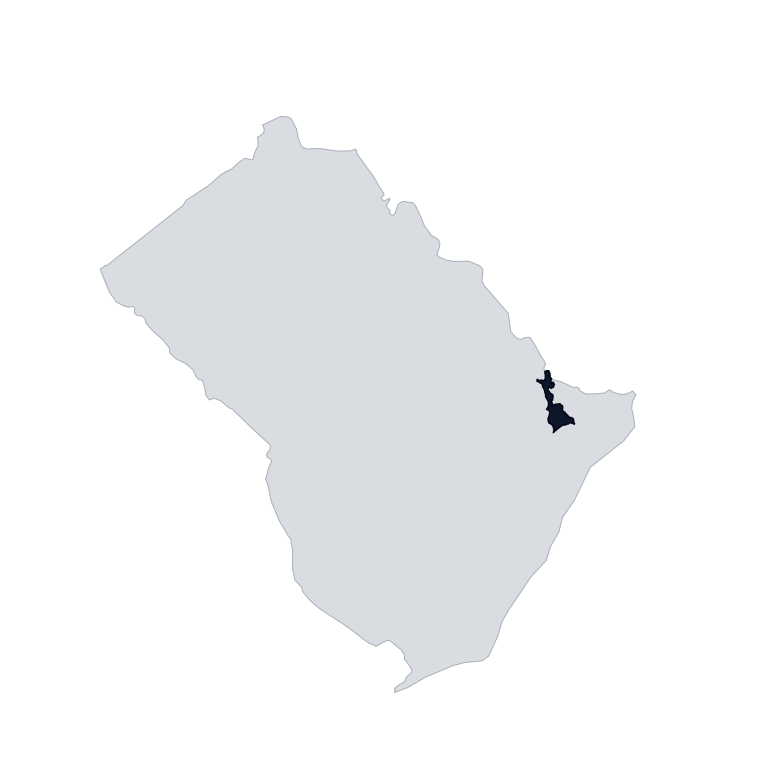 Ho West, Volta, Ghana shown in context, rotated 322°
{"feature_id": "2480657B47242267083805", "entity_name": "Ho West", "entity_type": "district", "adm_level": 2, "iso_a3": "GHA", "parent_name": "Ghana", "parent_adm1": "Volta", "projection": "orthographic", "projection_center": [0.372, 6.6], "detail": "fine", "context": "in_parent", "style": "filled", "palette": "ink", "viewbox_px": 768, "rotation_deg": 322, "n_neighbors": 0, "source": "geoboundaries", "source_scale": "gbopen_adm2", "svg_char_len": 7925}
<svg xmlns="http://www.w3.org/2000/svg" viewBox="0 0 768 768"><g transform="rotate(322 384 384)"><path d="M467.5,109.6L472.9,114.8L474.1,117.8L472.1,129.1L468.1,137.0L465.6,144.4L465.9,148.1L468.4,151.8L476.7,157.6L480.9,161.4L486.0,167.1L491.8,172.7L501.7,180.0L506.0,181.3L505.8,183.3L504.4,186.1L503.5,213.2L502.7,220.2L502.0,223.8L501.1,233.9L500.0,235.3L498.1,235.2L496.4,235.6L496.0,237.6L496.7,239.7L502.7,241.2L501.4,242.7L496.9,244.1L494.8,247.1L495.7,250.6L493.3,253.4L494.0,255.3L495.6,256.7L498.1,256.2L505.1,251.5L508.1,251.0L511.7,252.0L518.4,259.1L518.7,262.6L516.0,274.5L513.3,283.8L512.8,296.1L515.6,303.0L515.3,306.8L512.2,310.0L505.2,314.8L505.8,318.0L508.9,324.1L514.8,330.8L526.3,339.2L532.3,350.0L532.5,354.5L528.9,358.9L524.8,362.7L523.5,368.3L525.4,404.7L516.3,420.5L516.2,425.0L517.1,430.3L519.5,433.4L524.1,434.3L527.9,437.4L526.6,448.5L524.6,459.8L524.3,465.3L523.2,467.9L519.6,470.0L518.3,473.6L519.2,478.0L518.5,481.2L520.4,485.4L524.6,490.7L531.3,503.8L533.8,504.8L535.0,507.5L534.2,510.2L536.8,516.0L544.2,521.7L552.0,526.8L558.3,527.5L559.8,532.0L564.0,537.7L567.0,540.3L571.8,541.9L575.7,542.7L575.9,547.6L568.8,550.9L564.0,555.9L560.4,563.6L555.3,572.0L537.9,576.4L531.2,576.4L495.4,576.6L461.9,593.1L442.6,599.0L430.7,608.2L414.7,614.8L403.6,622.8L380.4,626.6L342.4,639.1L330.5,644.0L318.5,652.7L298.9,662.9L291.2,662.7L275.9,653.0L264.5,648.2L236.4,640.6L215.4,637.7L205.3,634.4L202.5,633.9L204.9,630.4L210.7,630.3L216.9,631.3L221.5,628.7L228.4,628.4L230.2,625.7L230.8,618.8L230.7,613.2L233.1,610.7L233.8,604.1L230.5,589.5L228.1,587.8L215.9,585.6L215.0,582.7L212.8,579.6L210.5,572.1L207.9,560.9L203.7,546.9L195.7,524.0L193.7,515.9L192.3,507.6L192.1,497.7L193.8,494.1L193.6,489.0L192.9,483.9L198.8,472.3L210.2,458.1L212.6,452.9L214.8,449.4L215.1,444.2L217.2,427.6L222.8,407.5L226.3,400.0L228.6,395.9L231.4,389.2L232.2,386.1L242.6,378.3L247.4,376.2L248.5,373.1L246.9,369.7L247.7,367.4L250.2,366.2L254.0,365.3L256.8,362.1L252.6,337.3L249.3,312.5L249.1,310.4L247.0,307.0L245.0,296.8L241.5,290.8L236.6,289.0L236.7,283.4L241.7,274.0L243.1,268.4L240.7,266.7L240.4,262.4L242.2,255.4L241.4,251.1L240.5,246.5L235.5,235.6L234.3,228.0L237.0,223.5L237.0,213.7L234.3,198.6L234.0,189.1L235.9,185.1L235.0,181.3L231.4,177.7L231.1,174.2L234.3,170.8L234.0,168.2L230.0,166.2L226.6,161.6L223.5,154.2L224.3,142.4L230.4,120.7L231.1,118.9L237.8,119.1L237.8,120.0L258.6,119.9L282.3,119.8L310.6,119.7L336.4,119.5L337.5,118.6L341.8,117.4L367.8,119.7L384.1,118.6L391.0,119.4L396.0,120.8L407.3,120.0L413.3,120.5L417.8,125.9L419.6,125.9L422.2,123.6L426.7,121.0L431.2,118.9L434.5,114.7L436.5,111.5L439.5,112.2L443.8,112.0L446.6,109.3L447.7,105.1L467.5,109.6Z" fill="#d9dde1" stroke="#a8b0b8" stroke-width="1"/><path d="M510.9,510.2L510.4,510.0L510.2,509.8L510.3,509.2L510.5,509.1L510.6,508.9L510.5,508.6L510.5,508.2L510.4,508.0L510.3,507.9L510.1,507.6L509.8,507.5L509.5,507.4L509.0,507.1L508.4,506.9L508.2,506.5L507.8,506.4L507.3,506.1L507.1,505.8L506.9,505.8L506.4,505.5L505.9,505.8L505.6,505.8L505.5,505.6L505.5,505.4L504.9,505.5L504.7,505.8L504.4,505.8L504.3,505.7L504.2,505.5L502.7,505.4L502.4,505.2L502.5,505.1L503.0,504.9L503.4,504.6L503.8,504.6L504.0,504.7L504.2,504.1L504.5,503.7L504.4,503.5L504.5,503.2L504.6,502.8L504.7,502.6L504.8,502.5L504.7,502.3L504.9,502.0L504.9,501.7L504.7,501.6L504.7,501.4L504.8,501.4L504.9,501.2L505.0,501.1L505.3,500.8L505.3,500.5L505.4,500.4L505.7,500.1L506.3,500.4L506.8,500.2L507.0,500.4L507.6,499.9L507.7,499.5L507.8,499.5L508.0,499.0L508.8,498.6L509.0,498.3L509.3,498.1L509.7,497.7L509.9,497.6L510.0,497.4L509.9,497.1L510.0,496.8L509.9,496.8L509.9,496.7L510.1,496.4L510.0,496.2L510.1,495.9L510.1,495.7L510.2,495.3L510.1,495.2L509.9,494.8L509.8,494.7L509.6,494.4L509.5,493.6L509.4,493.4L509.2,493.2L509.2,492.9L509.1,492.7L509.1,492.1L509.6,492.0L509.6,491.5L509.7,491.3L509.5,490.8L509.5,490.6L509.5,490.4L509.5,489.8L509.4,489.7L509.5,489.5L510.2,489.0L510.4,488.7L510.8,488.6L511.3,488.3L511.4,488.1L512.0,487.5L512.3,487.8L512.4,488.0L512.7,488.1L512.7,488.3L512.5,488.5L512.5,488.8L512.8,489.3L512.8,489.8L513.0,490.0L513.0,490.3L513.5,490.3L513.7,490.2L514.5,489.2L514.6,489.4L514.7,489.8L514.6,490.6L514.8,490.7L515.1,490.1L515.1,489.9L515.3,489.8L515.6,490.1L515.8,490.2L515.8,490.6L516.0,490.6L516.3,490.3L516.4,489.9L516.7,489.8L516.8,489.7L517.1,489.5L517.6,489.5L517.6,489.1L518.0,489.1L518.1,488.8L518.3,488.1L518.0,487.8L518.0,487.6L518.1,487.1L518.3,486.8L518.2,486.6L517.6,486.8L516.9,486.7L516.6,486.8L516.5,486.7L516.3,486.4L516.1,486.3L516.0,486.1L516.4,485.8L516.5,485.7L516.6,485.4L516.8,485.5L517.0,485.4L516.8,485.0L516.8,484.6L517.6,484.2L517.8,483.8L518.0,483.4L518.3,483.3L519.0,483.3L519.1,483.2L519.3,482.7L519.2,482.6L519.0,480.7L519.8,480.2L520.0,480.1L519.6,479.4L519.2,479.1L519.3,478.9L519.5,478.8L520.0,478.7L520.7,478.5L521.1,478.2L521.3,478.0L521.4,477.2L521.7,476.5L521.7,475.6L522.0,475.2L521.4,474.4L520.9,474.2L520.6,474.4L520.6,474.0L520.4,473.7L520.2,473.9L520.0,473.7L519.0,473.4L518.5,473.3L518.3,473.4L517.1,475.3L516.6,476.5L515.2,478.1L514.0,479.4L512.5,479.8L512.4,479.9L511.8,479.8L511.6,479.6L511.5,479.2L511.0,478.8L510.8,478.5L510.8,477.9L510.6,477.8L509.1,477.6L509.1,477.3L508.7,477.0L508.4,476.4L508.1,476.2L507.7,474.8L507.3,474.8L507.2,475.0L507.0,475.3L506.8,475.5L506.4,476.0L506.8,476.1L506.8,476.3L506.8,476.6L507.1,477.2L507.2,477.9L507.6,478.8L507.8,479.7L508.1,479.9L508.3,480.2L508.3,480.4L508.6,480.6L508.2,482.7L507.4,483.6L507.4,483.8L507.3,484.7L507.2,484.8L507.2,485.3L506.8,487.4L505.7,489.5L505.1,491.4L503.8,493.1L503.1,495.6L503.1,496.0L503.3,496.2L503.5,496.1L503.4,496.7L502.7,498.0L502.9,498.4L502.4,499.9L501.8,500.3L501.2,501.2L500.0,502.5L498.1,503.6L496.6,504.0L496.7,504.7L496.9,505.0L497.7,505.0L497.9,505.4L497.5,507.0L497.5,507.7L497.6,508.2L495.6,509.7L494.5,510.8L493.3,511.5L492.1,512.1L490.8,514.0L490.1,515.7L490.5,516.1L490.8,516.4L491.0,516.4L491.0,516.6L490.8,516.9L490.7,517.0L490.3,517.1L490.9,518.0L491.1,519.0L491.3,519.5L491.2,519.9L491.2,520.1L491.0,520.8L491.2,521.1L491.7,521.6L491.7,521.9L491.5,522.1L491.4,522.4L490.9,522.5L490.8,522.8L490.7,523.1L490.3,523.1L490.3,523.4L490.5,523.5L490.4,523.9L490.5,524.0L490.7,524.3L490.4,524.3L490.4,524.6L490.0,524.5L489.7,524.9L489.8,525.1L489.6,525.2L489.4,525.2L489.4,525.3L489.2,525.4L489.3,525.3L489.0,525.6L489.1,525.8L489.2,525.7L489.2,525.9L488.9,525.9L488.7,525.8L488.5,525.7L488.4,526.0L488.4,526.3L487.9,526.5L488.1,526.6L488.6,526.6L489.3,526.4L490.1,526.3L499.3,526.3L500.9,527.5L501.5,527.7L501.9,527.9L502.1,527.9L502.2,528.0L503.5,528.3L504.6,528.9L505.2,529.0L505.7,528.6L505.9,528.6L506.2,528.8L506.3,528.9L506.8,529.0L507.0,529.3L507.3,529.7L507.6,529.8L507.7,530.0L507.9,530.0L507.9,530.3L508.1,530.4L508.0,530.7L508.0,530.9L508.4,531.2L508.6,531.3L508.8,531.5L508.9,531.8L509.0,532.6L509.1,532.8L509.4,532.8L509.5,532.8L509.6,532.7L509.8,532.6L509.7,532.0L509.9,531.7L509.9,531.1L510.2,530.7L510.3,530.4L510.2,530.2L510.3,530.1L510.3,529.9L510.5,529.7L510.4,529.6L510.6,529.7L510.8,529.4L511.0,529.5L511.2,529.3L511.4,529.0L511.2,528.7L511.4,528.4L511.5,528.4L511.6,528.2L511.4,527.8L511.4,527.6L511.6,527.3L511.3,527.1L511.2,526.4L511.0,526.0L510.8,525.9L510.6,525.8L510.6,525.6L510.0,525.6L509.8,525.2L509.8,524.8L509.5,524.5L509.7,524.3L509.4,524.1L509.3,523.8L509.2,523.8L509.2,523.7L509.3,522.9L509.2,522.6L509.1,522.3L509.3,522.2L509.3,521.9L509.5,521.9L509.5,521.7L509.2,520.9L509.0,521.0L508.8,520.9L508.8,520.4L509.1,520.4L509.2,520.2L509.3,520.0L509.1,519.6L508.8,519.1L508.9,518.9L508.7,518.6L508.8,518.4L508.8,518.2L509.1,518.1L509.1,517.8L509.2,517.6L509.0,517.4L508.9,517.1L508.7,517.0L508.7,516.9L508.4,516.8L508.3,516.0L508.3,515.9L508.5,515.9L508.4,515.2L508.5,515.0L508.6,514.8L508.5,514.6L508.5,514.4L509.6,513.2L509.8,513.1L510.0,512.9L510.2,512.7L510.4,512.3L510.6,512.1L511.0,511.6L511.1,511.4L511.2,511.0L511.2,510.8L510.9,510.2Z" fill="#0f172a" stroke="#020617" stroke-width="1.5"/></g></svg>